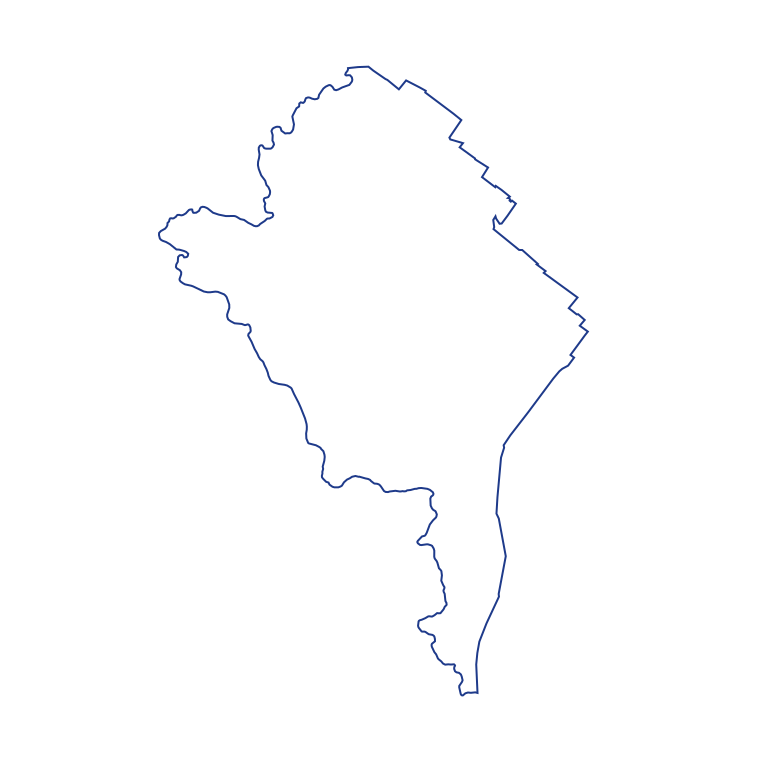 Lezama, Buenos Aires, Argentina (Natural Earth projection), rotated 84°
{"feature_id": "61730980B50234098483318", "entity_name": "Lezama", "entity_type": "district", "adm_level": 2, "iso_a3": "ARG", "parent_name": "Argentina", "parent_adm1": "Buenos Aires", "projection": "natural_earth1", "projection_center": [-57.824, -35.864], "detail": "fine", "context": "isolated", "style": "outline", "palette": "blue", "viewbox_px": 768, "rotation_deg": 84, "n_neighbors": 0, "source": "geoboundaries", "source_scale": "gbopen_adm2", "svg_char_len": 6115}
<svg xmlns="http://www.w3.org/2000/svg" viewBox="0 0 768 768"><g transform="rotate(84 384 384)"><path d="M66.1,386.8L67.1,386.8L68.6,387.5L70.7,389.5L72.3,390.2L73.2,389.3L73.2,386.7L73.5,385.4L75.7,383.9L78.1,383.7L79.4,384.1L80.3,384.7L82.9,387.2L84.7,394.6L86.3,398.5L86.8,400.9L86.1,402.7L83.1,404.2L81.3,405.9L81.0,406.9L81.1,407.9L82.2,410.9L83.8,413.4L89.5,418.3L92.7,419.4L93.4,420.6L93.6,423.1L92.7,425.8L91.5,427.8L91.2,428.8L91.1,429.8L91.5,431.6L92.6,432.4L94.7,433.3L95.6,434.3L96.0,435.1L95.2,437.4L96.2,438.9L99.1,439.4L100.6,442.2L107.4,446.7L108.5,447.2L116.4,446.4L121.4,447.8L123.4,449.3L124.2,450.2L124.8,451.6L124.5,453.7L124.5,456.1L121.4,459.5L118.4,460.1L117.4,461.1L117.0,463.1L117.0,464.3L117.7,466.7L118.2,467.7L119.1,468.6L120.7,469.5L124.8,468.7L130.3,469.5L132.5,468.6L134.4,468.4L136.9,470.1L137.9,471.5L138.1,472.3L137.6,476.7L137.2,477.9L136.7,478.6L134.7,479.6L134.1,480.0L133.8,480.7L133.8,481.8L134.2,482.6L135.8,483.8L137.9,484.1L142.7,483.8L146.0,484.6L149.9,486.0L153.2,486.5L157.0,486.1L163.7,484.3L169.4,480.9L173.8,480.1L176.1,478.4L179.8,477.2L181.2,477.2L183.3,477.7L185.3,479.0L186.0,479.7L186.2,480.5L186.6,483.1L186.9,483.7L187.7,484.2L189.3,484.3L192.0,483.2L195.0,484.2L198.9,483.9L200.3,483.4L201.3,481.9L202.2,477.4L202.6,477.0L204.6,476.5L206.2,477.5L207.4,480.5L207.3,482.5L207.5,483.2L209.4,485.6L211.9,490.4L213.2,491.9L213.8,493.8L213.7,495.0L213.1,496.8L211.4,499.1L209.5,502.2L206.2,506.0L205.0,509.6L202.6,512.7L201.7,514.1L201.2,515.7L200.5,523.6L198.3,530.6L195.8,536.1L191.0,541.0L190.3,542.0L189.2,544.1L188.8,545.9L189.2,547.6L190.1,548.5L192.4,549.8L194.0,552.8L193.9,555.3L193.6,555.9L192.1,556.4L190.5,556.5L190.2,557.4L190.3,559.1L190.6,559.9L193.6,563.3L194.8,565.9L195.1,567.5L194.9,568.6L194.4,569.9L194.3,571.6L194.8,572.5L195.9,573.4L197.2,575.8L197.3,576.8L196.9,578.4L197.0,579.4L197.9,580.1L199.9,580.8L201.3,582.5L203.4,582.8L204.9,583.7L206.6,585.4L208.6,590.0L209.9,591.5L210.3,591.9L212.4,592.2L215.9,591.7L217.3,590.7L218.4,589.2L220.0,585.9L222.5,582.4L228.5,576.4L229.0,573.5L230.8,569.0L232.0,566.9L234.0,565.1L236.0,565.7L236.9,566.5L237.2,567.5L237.2,569.5L235.5,570.3L234.8,570.9L234.6,571.5L234.7,573.8L236.2,575.5L240.9,576.3L243.4,578.1L245.9,578.7L247.3,578.0L249.5,575.1L251.6,574.0L253.8,574.3L258.3,576.4L259.2,576.4L260.7,575.7L262.7,573.5L264.1,571.5L266.1,565.5L267.0,563.6L273.2,553.5L274.3,549.9L274.6,547.5L274.5,542.1L275.0,539.6L278.1,533.7L279.4,532.5L281.2,531.4L288.7,529.6L292.2,529.9L298.4,532.7L300.8,532.9L303.5,532.2L305.5,530.0L308.0,526.3L309.4,519.2L310.8,516.5L310.9,515.5L310.5,513.4L310.7,512.6L311.4,511.9L313.8,511.0L317.3,511.0L318.3,511.5L320.0,513.5L321.5,514.0L322.3,513.8L328.2,511.3L335.7,509.0L340.2,507.0L344.1,505.7L346.4,504.5L348.6,502.4L349.8,501.7L352.8,500.9L356.8,499.4L360.6,498.4L363.8,498.0L368.0,496.6L369.5,495.6L371.0,493.3L373.0,488.6L374.4,483.0L375.4,480.4L377.8,477.2L378.8,476.4L384.6,474.5L393.5,471.0L398.7,469.3L410.1,466.1L415.8,465.2L418.3,465.2L421.4,465.6L425.0,466.6L430.1,466.9L434.2,465.7L434.9,465.4L435.3,464.8L437.8,458.1L439.8,455.1L440.9,453.8L441.9,453.4L444.5,451.3L448.2,450.6L450.4,450.6L454.1,451.4L459.8,453.6L462.1,453.4L464.9,454.5L466.6,454.6L468.9,455.4L470.3,455.4L471.7,454.6L475.2,451.8L476.2,449.5L478.4,448.7L480.8,446.0L481.6,444.1L482.0,440.2L481.4,437.9L480.7,436.5L477.6,434.1L475.2,430.8L474.2,427.9L472.9,425.4L472.5,422.0L473.6,419.0L473.6,418.2L475.9,412.5L476.8,409.7L477.9,407.9L479.1,407.1L481.6,404.5L482.0,403.9L482.5,401.3L483.1,400.0L483.7,399.1L485.5,397.8L490.4,395.2L491.5,393.7L491.9,391.3L491.5,389.6L491.4,383.8L492.5,379.7L492.6,378.5L492.5,376.5L492.8,375.7L492.9,374.8L492.9,373.5L492.2,372.1L492.2,368.7L491.5,364.4L491.6,362.6L491.2,360.4L491.3,357.8L492.8,351.8L494.1,349.4L496.8,346.7L498.3,346.3L499.3,346.6L500.0,347.3L500.9,348.9L502.8,349.9L509.8,350.3L512.7,349.3L514.3,348.2L515.8,346.2L516.4,345.9L519.2,345.1L521.2,345.7L522.2,346.3L524.7,349.5L528.5,353.1L536.5,357.1L538.6,358.6L539.2,359.4L539.6,362.2L543.6,366.8L544.6,367.4L545.9,367.0L547.8,365.0L548.1,363.7L547.9,358.5L548.0,357.2L549.2,354.3L550.0,353.1L552.8,351.8L555.0,351.4L561.1,352.1L562.9,351.8L565.5,350.2L567.2,349.6L573.0,348.6L574.8,347.2L576.1,346.5L580.4,346.4L585.6,347.6L590.1,346.2L592.4,345.1L593.7,345.4L595.4,346.4L596.8,346.4L599.0,345.6L605.2,345.6L606.6,345.5L608.1,344.8L610.0,344.8L610.5,345.1L611.8,346.8L614.3,348.3L617.8,351.8L617.8,353.3L617.4,355.1L619.2,357.9L620.2,360.1L620.3,360.7L619.7,363.5L619.8,364.4L621.2,367.4L622.4,371.2L622.7,373.1L623.2,374.0L623.7,374.4L628.0,375.4L629.4,375.2L630.3,374.8L633.8,372.6L634.2,372.1L634.5,369.6L634.9,368.7L637.5,365.7L638.6,362.0L639.6,360.8L640.6,360.3L642.9,360.0L645.2,360.2L647.3,363.4L647.9,363.8L649.0,364.0L650.3,363.9L656.0,361.9L658.3,360.4L662.5,359.1L663.4,358.5L665.9,356.0L668.1,354.6L669.2,353.0L669.5,352.4L669.5,349.4L670.0,346.7L670.1,343.7L670.9,343.0L671.6,342.8L672.9,343.7L674.6,344.0L677.1,343.4L678.3,342.1L679.1,339.6L680.9,337.9L683.0,337.3L686.8,336.8L688.3,337.5L692.1,340.7L693.6,340.9L700.2,340.1L701.1,339.8L701.9,338.9L701.9,338.0L700.1,335.4L699.6,332.7L700.2,329.9L700.2,325.5L701.0,323.3L672.6,321.6L661.3,319.3L650.2,316.1L632.8,307.1L607.5,291.9L604.8,291.9L568.0,280.9L529.8,283.9L524.7,285.7L508.4,283.0L469.4,275.3L459.9,271.2L457.4,271.4L448.3,263.8L427.2,243.6L396.3,215.1L389.7,208.3L387.5,205.1L385.0,199.0L377.6,192.2L374.6,195.5L356.7,179.2L353.2,175.8L346.5,183.2L341.3,177.7L334.9,183.6L334.9,185.1L327.9,192.3L318.2,182.5L290.2,213.5L288.6,211.5L281.1,219.6L280.6,218.5L265.2,232.5L264.8,235.6L241.4,258.9L239.5,258.0L232.3,258.2L228.9,255.6L231.2,255.2L236.7,252.3L236.7,250.2L229.6,243.6L218.4,234.0L215.0,237.5L215.9,238.8L214.7,239.9L213.8,239.3L212.4,239.9L212.0,241.2L210.8,239.3L203.2,246.9L198.7,252.1L199.9,252.8L188.5,264.9L179.6,257.9L170.1,269.9L169.2,269.9L156.5,284.0L152.7,280.3L147.7,292.5L145.8,293.2L129.6,279.5L122.4,286.7L98.4,312.5L96.8,311.8L92.8,317.5L84.4,330.3L92.5,338.4L81.9,348.9L80.9,350.6L71.2,361.9L66.8,366.3L66.1,376.7L66.1,386.8Z" fill="none" stroke="#1e3a8a" stroke-width="2"/></g></svg>